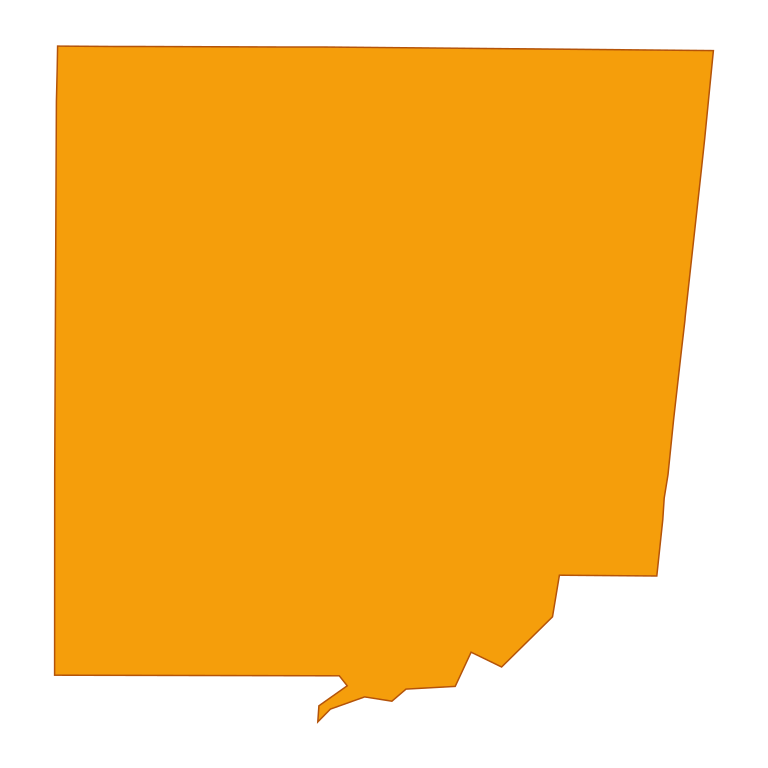 outline of Monroe, Mississippi, United States of America
{"feature_id": "52423323B75107932939522", "entity_name": "Monroe", "entity_type": "district", "adm_level": 2, "iso_a3": "USA", "parent_name": "United States of America", "parent_adm1": "Mississippi", "projection": "albers", "projection_center": [-88.422, 33.87], "detail": "fine", "context": "isolated", "style": "filled", "palette": "amber", "viewbox_px": 768, "rotation_deg": 0, "n_neighbors": 0, "source": "geoboundaries", "source_scale": "gbopen_adm2", "svg_char_len": 550}
<svg xmlns="http://www.w3.org/2000/svg" viewBox="0 0 768 768"><path d="M280.9,47.0L141.0,46.5L115.6,46.5L57.6,46.1L57.2,68.9L56.4,101.5L54.7,473.6L54.6,675.2L339.3,675.8L347.2,685.8L318.9,705.8L317.8,721.9L330.4,709.1L364.6,696.9L391.9,701.2L406.0,689.1L455.2,686.4L471.1,652.2L501.6,667.0L552.5,616.8L559.4,575.2L656.8,576.0L662.8,519.6L664.2,498.1L668.0,474.7L673.7,418.8L681.5,349.9L685.0,319.8L685.0,319.6L685.1,317.8L701.6,167.7L704.7,138.8L709.1,94.0L713.4,50.6L322.3,47.0L280.9,47.0Z" fill="#f59e0b" stroke="#b45309" stroke-width="1.5"/></svg>